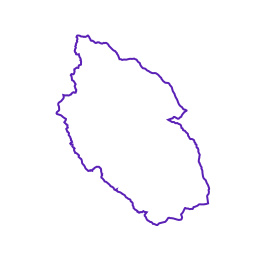 Girardota, Antioquia, Colombia (Robinson projection), rotated 168°
{"feature_id": "7082276B6763900439395", "entity_name": "Girardota", "entity_type": "district", "adm_level": 2, "iso_a3": "COL", "parent_name": "Colombia", "parent_adm1": "Antioquia", "projection": "robinson", "projection_center": [-75.429, 6.376], "detail": "fine", "context": "isolated", "style": "outline", "palette": "violet", "viewbox_px": 256, "rotation_deg": 168, "n_neighbors": 0, "source": "geoboundaries", "source_scale": "gbopen_adm2", "svg_char_len": 5778}
<svg xmlns="http://www.w3.org/2000/svg" viewBox="0 0 256 256"><g transform="rotate(168 128 128)"><path d="M188.7,146.0L188.1,145.4L187.6,144.3L187.1,144.1L186.9,143.4L186.6,143.2L187.0,142.3L186.8,140.9L187.6,140.7L188.6,139.9L188.4,139.4L188.3,138.0L188.1,137.2L187.9,137.3L186.8,135.2L187.5,133.5L186.4,131.3L186.4,130.1L186.0,129.1L186.4,128.0L185.9,127.4L185.6,125.9L186.9,125.5L187.7,124.8L187.3,123.8L186.5,123.8L185.6,123.4L185.7,122.8L186.3,121.6L185.4,120.0L185.0,120.0L184.5,119.1L185.1,118.7L185.2,118.3L185.3,117.8L185.4,117.0L185.0,116.2L185.1,115.9L184.8,114.9L184.8,114.6L184.3,114.5L183.8,114.2L182.5,112.7L182.0,111.8L181.7,111.6L181.7,111.3L182.0,111.1L182.1,110.3L182.3,110.0L180.8,107.9L180.4,107.7L180.1,107.0L180.0,106.4L180.0,104.4L180.2,103.5L180.0,102.8L179.4,101.5L178.9,100.9L178.3,99.3L178.0,97.6L177.5,96.6L176.4,95.2L176.1,94.6L175.7,94.2L173.9,94.5L173.6,94.4L173.6,94.0L173.3,94.0L172.9,94.4L171.8,93.6L171.3,94.7L170.5,95.0L170.2,95.0L169.1,95.9L166.7,96.6L164.5,96.1L164.0,95.4L164.0,95.1L163.2,94.3L163.0,93.8L163.0,92.3L163.2,92.0L163.3,91.4L163.2,89.0L162.8,88.4L163.3,88.0L163.2,87.0L164.0,86.3L164.3,85.5L164.3,84.9L163.5,84.1L162.3,81.8L162.0,80.6L160.5,79.8L157.9,76.5L157.2,74.8L156.5,74.2L156.2,74.2L155.3,73.2L154.7,72.8L154.2,70.7L153.7,70.5L153.4,70.0L153.2,69.9L152.2,70.2L152.5,69.8L152.5,69.4L152.0,68.9L151.9,69.2L151.7,69.1L151.6,68.3L151.3,67.9L149.2,66.8L148.3,66.1L147.8,65.4L147.3,65.0L147.1,64.5L146.4,64.1L145.1,62.8L144.6,61.2L144.2,60.5L143.2,59.7L142.5,58.7L141.0,57.8L140.5,56.9L140.6,56.3L140.5,55.6L139.7,54.9L139.1,53.8L139.2,52.3L139.5,51.6L139.4,51.0L139.0,50.1L139.2,48.5L138.7,48.0L138.4,47.2L137.8,46.5L137.4,46.3L136.6,45.3L136.2,45.1L135.9,44.6L136.3,44.3L136.3,44.2L135.5,43.5L135.2,43.1L134.3,42.8L134.0,43.2L132.3,43.0L131.8,42.7L130.3,43.5L129.0,42.2L128.3,42.2L127.2,41.7L129.8,39.5L129.9,38.6L129.0,37.0L128.9,35.6L128.1,33.6L127.4,33.2L125.7,31.4L125.0,31.3L124.5,30.9L123.9,30.1L123.6,29.1L122.4,28.7L120.3,27.2L119.4,27.0L117.3,28.3L111.0,28.5L109.0,30.0L107.6,31.5L106.5,31.7L105.3,31.0L104.3,30.8L102.4,30.1L99.5,28.5L97.7,27.6L96.9,27.4L95.1,27.4L94.4,27.9L93.7,29.2L93.7,30.3L94.1,32.2L94.0,32.5L92.4,33.6L91.6,34.4L89.0,37.8L88.4,37.8L87.9,37.3L87.3,37.0L85.9,36.7L84.6,35.8L82.8,35.7L81.9,35.4L81.6,35.4L81.2,35.7L80.3,37.0L79.0,37.0L76.0,37.6L74.7,38.4L74.0,38.5L70.3,37.6L67.5,37.4L65.3,37.6L64.8,44.8L64.4,45.6L62.9,46.8L62.5,47.6L62.1,48.8L62.1,50.6L61.4,51.3L61.2,52.2L61.6,55.4L62.4,57.9L62.8,60.7L64.2,62.7L64.5,63.4L64.7,64.9L64.5,68.6L64.2,70.3L64.2,71.4L64.6,73.1L64.2,74.0L64.4,74.9L64.9,76.0L65.0,77.6L65.4,78.2L65.3,79.1L65.8,80.2L65.6,81.2L64.9,83.2L64.4,84.0L64.2,85.2L63.5,86.5L63.4,87.1L64.0,89.2L64.1,90.6L63.7,91.7L63.8,93.5L64.1,94.0L64.7,94.4L64.9,94.9L64.5,97.4L64.7,97.7L65.3,98.1L65.3,99.5L65.9,100.4L65.9,101.8L66.1,102.5L66.5,103.0L67.9,104.0L69.3,104.2L69.6,104.6L70.0,105.7L70.2,106.7L70.8,107.9L70.7,109.9L71.3,110.8L71.9,111.4L72.9,113.4L74.5,114.4L74.7,116.2L75.7,117.0L75.6,119.1L76.0,120.3L76.8,121.0L77.7,121.5L78.7,122.6L80.2,122.7L81.0,123.2L81.7,124.2L82.3,124.4L83.4,124.6L84.1,125.0L85.2,126.3L86.1,126.8L87.0,127.7L84.2,128.1L82.3,128.2L81.1,129.2L80.7,129.3L80.1,129.1L77.4,126.7L76.4,126.6L75.0,127.5L73.5,128.0L72.7,129.3L71.1,130.7L69.5,131.9L67.2,132.7L67.1,133.0L68.1,133.9L69.6,134.6L70.0,135.0L70.9,137.2L72.1,138.4L73.1,140.2L73.5,141.7L74.1,145.7L74.9,148.0L75.3,150.1L75.4,151.8L76.5,154.7L76.7,158.4L77.0,159.4L78.1,161.3L78.3,162.3L78.7,163.1L79.4,163.7L81.7,164.4L82.4,164.8L84.1,167.0L84.5,168.1L85.1,169.3L85.1,170.1L85.4,170.6L86.0,171.3L87.4,173.8L89.1,175.6L90.1,176.1L92.3,176.5L93.2,176.9L94.7,178.0L95.8,179.2L97.4,180.4L98.7,182.3L99.5,182.8L101.0,183.4L101.9,184.8L102.7,186.7L103.0,189.1L103.3,189.5L103.9,190.0L104.6,190.9L105.1,192.4L105.5,193.1L106.5,193.7L107.6,194.6L108.8,194.6L111.9,195.3L115.6,195.2L117.6,195.8L119.6,195.8L120.6,196.7L122.0,197.1L122.6,201.1L123.0,202.2L123.3,202.7L123.4,203.8L124.0,204.6L124.5,205.8L125.4,206.4L126.5,207.5L129.7,212.5L129.8,213.4L130.4,214.5L131.5,215.7L131.9,215.9L133.2,215.9L133.9,216.3L135.8,215.9L137.2,216.6L138.7,217.9L139.8,218.0L140.2,218.2L141.1,217.8L142.2,218.0L143.0,218.9L143.2,219.4L143.9,220.0L144.4,220.7L145.7,220.9L146.3,221.5L146.3,222.6L146.7,223.3L147.2,225.5L148.0,226.8L148.8,226.6L149.3,226.2L151.1,226.0L151.8,226.4L152.3,226.3L152.6,226.6L155.1,227.4L155.7,228.1L156.7,228.6L158.3,229.0L158.9,228.6L159.5,227.6L159.0,226.8L158.9,226.3L159.0,225.3L159.8,224.2L159.7,223.0L160.0,222.8L160.9,221.9L161.1,221.3L161.6,220.9L161.7,219.7L162.6,218.9L162.3,217.3L162.6,216.9L163.5,216.0L163.6,215.3L164.1,214.6L164.0,213.2L163.5,212.6L163.3,212.3L163.5,211.4L163.4,210.9L162.4,210.5L161.3,210.3L160.8,210.4L160.7,207.8L160.0,206.0L160.0,204.7L160.4,204.4L160.5,204.1L160.0,203.4L160.0,203.0L160.3,202.2L160.3,201.7L160.6,201.0L160.8,199.8L163.1,199.4L164.1,197.1L165.7,197.7L167.5,196.9L168.2,196.1L168.4,196.2L168.6,195.3L168.4,194.7L168.5,194.4L169.5,192.4L170.2,191.9L170.5,191.9L171.9,192.5L172.4,192.3L173.0,191.6L172.6,190.6L172.5,189.2L172.8,186.7L172.7,186.3L171.8,185.7L171.5,185.4L170.6,183.2L170.5,182.3L170.1,181.8L170.2,181.5L171.1,180.6L171.5,179.9L171.2,178.5L171.3,177.5L170.8,176.7L170.7,176.2L170.9,176.1L171.0,174.8L171.2,174.6L171.4,174.6L171.8,173.5L172.7,173.5L173.8,174.3L174.8,174.1L175.8,173.6L176.6,172.7L177.0,172.8L178.4,172.2L179.8,172.2L180.5,172.6L182.7,172.9L184.4,173.7L184.4,171.7L184.6,171.1L185.0,170.4L187.8,168.2L190.2,167.3L190.9,166.7L191.2,166.2L191.4,165.3L191.4,164.7L191.1,163.8L191.1,162.8L191.5,160.2L192.0,159.5L194.2,158.3L194.8,157.4L194.8,157.0L194.5,156.4L191.1,154.5L190.4,153.8L189.2,152.1L186.8,149.7L187.1,148.9L188.1,147.7L189.1,146.9L188.7,146.0Z" fill="none" stroke="#5b21b6" stroke-width="2"/></g></svg>